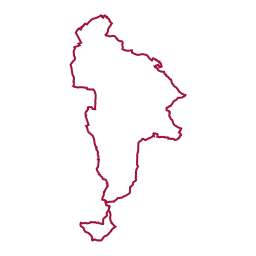 outline of Horoatu Crasnei, Salaj, Romania
{"feature_id": "2599482B73206727878313", "entity_name": "Horoatu Crasnei", "entity_type": "district", "adm_level": 2, "iso_a3": "ROU", "parent_name": "Romania", "parent_adm1": "Salaj", "projection": "mercator", "projection_center": [22.925, 47.064], "detail": "fine", "context": "isolated", "style": "outline", "palette": "rose", "viewbox_px": 256, "rotation_deg": 0, "n_neighbors": 0, "source": "geoboundaries", "source_scale": "gbopen_adm2", "svg_char_len": 5775}
<svg xmlns="http://www.w3.org/2000/svg" viewBox="0 0 256 256"><path d="M109.1,233.1L111.3,230.9L111.1,230.5L111.6,229.9L113.6,227.9L115.4,226.7L113.8,225.4L113.0,224.2L112.0,223.6L112.0,223.1L111.6,223.0L111.5,222.3L110.8,221.5L110.7,220.9L110.4,220.1L110.4,218.9L110.1,217.9L110.1,217.1L110.5,215.7L110.4,213.8L110.1,213.0L110.1,212.2L108.4,210.6L109.0,209.3L109.0,208.2L109.6,207.1L109.7,206.5L109.6,206.2L109.4,206.0L107.8,205.8L106.7,205.1L106.3,205.1L105.4,202.0L105.2,200.8L104.9,200.2L107.5,202.3L109.9,201.7L110.6,201.8L112.9,201.5L113.9,201.7L114.7,200.7L117.0,199.3L117.3,198.4L118.7,197.9L119.6,198.1L120.5,197.7L122.2,197.6L123.3,196.5L124.3,196.4L127.7,194.5L129.5,193.2L129.9,192.8L130.1,190.3L130.0,187.5L130.1,187.0L130.9,186.8L131.1,186.2L132.7,184.9L132.9,184.6L133.1,182.8L134.7,181.1L135.6,180.9L136.1,180.0L136.1,179.4L135.7,178.3L135.7,177.7L136.1,176.9L135.7,176.1L136.1,174.3L135.8,173.0L136.0,172.3L136.0,171.3L136.3,170.7L136.3,169.6L136.7,169.1L137.7,167.2L138.0,166.0L137.3,165.3L137.0,164.5L137.3,156.4L137.1,155.8L137.7,152.3L138.1,152.0L138.2,149.0L138.4,148.2L138.2,145.5L138.4,144.8L138.3,143.8L138.6,142.5L140.1,141.2L141.4,140.5L142.3,138.9L143.3,138.9L145.1,140.0L145.9,139.9L148.6,138.3L149.3,138.4L150.0,137.8L151.6,137.2L152.7,136.1L154.1,136.3L153.3,133.7L153.7,133.3L157.0,133.9L157.6,134.3L157.3,136.8L159.1,137.0L159.6,137.3L161.1,136.9L164.4,137.0L164.9,137.5L167.0,137.3L168.4,137.7L168.3,138.7L170.0,138.7L171.0,139.1L171.8,139.0L172.1,138.7L173.3,138.8L173.8,139.0L174.7,140.0L177.3,139.4L178.0,138.9L178.2,138.4L178.6,138.3L179.1,137.4L179.5,137.3L179.9,136.7L180.2,135.6L181.0,135.2L181.1,134.7L180.4,133.5L178.9,132.4L180.2,130.8L180.0,130.6L181.2,128.5L177.9,127.3L176.0,125.9L175.3,125.7L174.0,124.6L173.4,123.6L172.4,120.4L170.6,118.7L170.1,117.1L169.4,116.5L169.2,115.4L169.4,114.7L169.4,114.0L169.7,113.7L169.8,112.2L169.3,112.1L169.3,111.3L169.1,111.1L166.6,110.2L166.5,108.2L167.0,108.0L167.2,107.4L168.2,107.4L169.6,106.0L170.8,105.9L171.6,104.5L173.9,101.1L176.5,99.7L178.0,97.8L181.8,97.6L184.9,95.9L185.4,95.1L182.4,94.0L180.2,92.5L179.5,91.8L178.9,91.6L178.3,90.0L176.1,87.4L175.5,86.9L175.1,86.8L173.6,85.6L173.6,85.0L172.0,83.4L171.4,81.1L171.1,79.7L170.0,79.3L167.6,76.5L166.6,76.2L166.1,75.6L166.2,75.1L165.7,74.4L164.9,74.2L164.6,73.9L164.1,71.8L161.2,71.6L159.0,70.7L157.9,69.8L157.4,68.7L156.7,68.0L156.4,67.0L155.3,67.3L154.8,66.6L155.1,66.6L155.5,65.9L157.1,65.1L158.1,65.0L158.7,65.3L159.4,67.4L161.6,66.6L161.5,65.7L161.1,65.0L161.1,64.1L160.7,63.8L160.4,63.0L159.7,62.7L159.5,61.8L158.8,62.3L158.0,61.1L155.9,60.1L156.1,59.6L153.1,58.3L151.9,60.5L149.3,58.3L147.3,55.4L146.2,54.9L142.7,54.1L138.0,54.9L137.2,54.8L135.0,54.1L132.1,52.7L131.9,50.3L127.9,50.8L124.7,50.2L122.5,49.2L122.8,47.1L122.3,45.4L122.3,44.2L122.8,43.1L122.7,42.5L122.2,41.5L118.8,40.7L117.9,40.1L117.8,39.7L117.0,39.0L116.8,38.4L116.1,38.2L115.6,37.1L114.7,36.2L112.7,35.8L110.2,36.4L108.6,36.1L107.9,35.7L106.1,35.6L105.5,34.9L107.1,33.2L108.0,31.0L108.1,29.3L109.1,27.2L110.4,25.9L111.0,24.5L111.9,23.4L109.7,21.4L109.9,20.7L109.0,19.3L108.7,18.7L107.0,17.9L106.5,17.5L107.0,16.8L104.5,15.5L103.1,17.7L102.1,17.0L102.2,16.0L100.6,15.4L100.0,16.2L99.0,16.7L95.8,18.1L93.0,18.8L91.6,19.5L87.7,23.4L87.2,24.4L86.1,24.2L85.1,23.6L83.4,25.5L83.6,25.7L83.4,25.9L81.4,27.1L81.9,27.7L81.4,28.1L80.8,29.5L79.6,28.5L79.0,29.1L78.6,28.7L76.9,30.6L75.8,32.6L81.2,42.7L78.5,43.7L79.7,45.4L74.3,47.2L74.9,48.4L73.7,51.2L73.6,51.9L74.0,54.0L74.0,54.6L73.8,54.9L75.0,57.9L74.9,59.2L74.2,60.3L72.7,61.7L70.6,64.6L70.9,66.0L71.4,67.5L72.5,74.8L73.6,76.5L73.9,77.9L74.0,78.8L73.5,81.4L73.9,81.5L73.8,83.3L73.9,84.6L73.6,86.0L73.3,86.2L74.4,86.8L78.2,87.5L80.1,87.1L81.3,87.3L83.5,87.3L85.4,87.8L86.8,87.7L87.2,88.5L87.2,89.2L87.6,89.3L89.8,89.3L90.1,89.6L93.1,89.4L94.2,90.6L95.2,92.8L95.2,93.6L95.5,94.1L95.7,95.3L95.5,99.3L95.2,101.8L95.5,102.7L95.0,108.5L95.2,109.2L94.5,109.3L92.5,108.9L91.8,107.5L91.0,107.1L88.3,107.2L88.0,107.4L88.2,107.7L87.9,108.1L88.0,109.3L87.5,109.6L87.4,110.3L87.2,110.7L86.1,111.5L85.9,112.1L85.5,112.8L85.5,113.7L85.6,114.5L86.2,115.4L85.6,116.0L88.6,124.9L86.1,126.0L87.1,127.3L87.9,131.0L88.5,132.2L92.7,135.7L93.3,137.0L94.1,139.4L94.6,143.2L95.2,145.3L95.5,145.9L96.6,147.2L96.7,147.6L96.0,147.9L96.6,149.9L97.2,150.4L98.1,152.5L97.7,153.5L97.7,154.3L98.3,155.7L98.6,158.3L97.9,159.5L98.8,159.8L98.7,160.1L98.8,160.9L98.5,161.9L98.3,165.0L97.8,167.4L97.2,167.9L96.7,168.7L97.1,170.5L98.1,172.2L98.4,172.4L98.8,173.0L99.0,173.9L98.8,174.3L100.2,174.9L100.4,175.7L102.4,177.6L102.5,178.3L103.2,179.3L104.5,179.3L105.7,179.7L106.9,182.2L107.4,182.9L107.4,183.8L107.1,183.9L107.5,184.4L107.3,185.0L107.7,185.4L107.7,185.8L107.2,186.5L107.4,186.7L106.7,187.4L106.2,188.6L105.0,190.2L104.7,191.4L104.1,191.7L104.3,192.4L103.8,192.9L103.9,194.0L103.6,195.4L103.3,196.3L102.7,197.2L102.3,198.9L102.3,199.7L104.8,200.2L105.2,200.8L105.3,202.0L106.2,205.2L106.7,205.1L107.8,205.8L109.4,206.1L109.6,206.5L109.5,207.0L108.9,208.1L108.9,209.3L108.4,210.4L106.6,213.0L106.7,214.1L107.0,215.6L103.4,218.7L103.2,219.7L103.1,222.5L103.2,223.7L103.0,224.0L101.7,224.0L101.1,223.6L99.1,223.3L98.2,222.5L96.7,222.9L95.9,222.7L95.4,222.2L94.8,222.5L93.8,222.2L92.0,222.3L90.8,222.0L89.6,223.0L87.5,223.4L86.8,223.4L86.1,223.0L82.3,223.3L81.5,222.9L80.8,222.8L80.5,223.8L80.5,225.5L81.5,226.7L83.0,227.6L83.6,228.2L83.9,229.0L83.9,229.7L85.4,231.8L88.7,233.1L89.5,234.1L90.1,234.4L90.7,235.1L91.3,235.8L91.7,236.8L92.0,237.0L92.3,237.9L91.9,239.2L92.0,239.9L92.3,240.4L93.0,240.4L94.3,239.4L94.9,239.4L95.2,239.7L97.0,240.3L98.6,240.5L99.5,240.2L100.2,240.6L100.8,240.6L102.3,239.4L102.8,238.0L103.5,237.6L104.1,236.7L105.3,235.9L106.3,235.7L107.5,235.0L108.6,233.9L109.1,233.1Z" fill="none" stroke="#9f1239" stroke-width="2"/></svg>